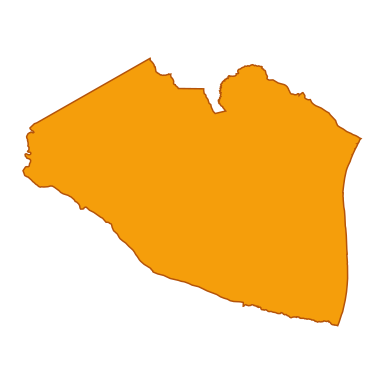 Waimate District, Canterbury, New Zealand (Equal Earth projection)
{"feature_id": "76426892B45923139634861", "entity_name": "Waimate District", "entity_type": "district", "adm_level": 2, "iso_a3": "NZL", "parent_name": "New Zealand", "parent_adm1": "Canterbury", "projection": "equal_earth", "projection_center": [170.93, -44.627], "detail": "fine", "context": "isolated", "style": "filled", "palette": "amber", "viewbox_px": 384, "rotation_deg": 0, "n_neighbors": 0, "source": "geoboundaries", "source_scale": "gbopen_adm2", "svg_char_len": 5841}
<svg xmlns="http://www.w3.org/2000/svg" viewBox="0 0 384 384"><path d="M284.1,84.6L278.2,83.0L273.0,79.9L269.2,80.1L267.4,79.2L267.0,78.6L267.4,76.4L266.0,73.9L265.4,71.0L265.0,70.5L264.0,70.1L263.5,69.1L262.4,68.8L262.0,68.4L261.9,68.0L262.2,67.0L261.6,66.5L260.7,66.6L258.7,65.9L257.2,66.2L255.2,65.3L254.4,65.7L253.2,64.9L252.3,64.7L250.5,65.3L249.3,66.2L247.9,65.7L246.8,66.3L244.9,66.1L244.0,67.0L242.7,67.4L241.5,68.0L241.1,68.4L240.2,69.0L238.9,69.3L238.4,69.7L237.8,70.7L237.8,71.9L238.5,72.8L238.5,73.3L238.2,73.6L236.2,73.8L236.2,74.9L236.0,75.3L234.7,76.1L233.7,76.1L233.2,76.3L230.8,76.1L229.9,76.5L229.6,75.8L228.8,75.8L228.0,76.9L228.1,78.4L226.9,78.3L226.0,78.9L225.9,79.4L225.0,79.5L225.0,79.8L224.5,80.1L224.6,80.9L223.7,80.8L222.3,82.2L222.3,83.0L221.6,83.3L220.7,84.8L221.4,85.5L220.8,86.3L221.1,86.5L220.9,86.9L221.3,87.5L220.9,87.9L220.6,87.8L220.8,88.3L220.1,88.8L220.4,89.1L220.6,90.2L220.2,90.7L219.7,90.8L220.0,91.3L219.8,91.8L220.0,92.0L220.7,92.3L221.0,92.6L220.2,93.2L220.8,93.6L220.8,94.4L220.4,95.7L220.4,96.2L220.9,96.6L219.7,97.6L219.7,98.1L220.0,98.4L218.4,100.1L218.4,100.4L219.0,100.4L218.5,100.9L218.9,101.3L218.5,101.5L218.5,101.9L218.9,102.4L219.0,103.4L219.7,103.4L219.9,104.1L221.1,105.8L222.7,106.7L222.8,107.4L225.7,111.0L215.2,113.5L213.3,111.5L212.7,110.5L212.5,109.7L211.8,108.4L211.2,106.8L210.8,104.7L209.0,103.1L207.9,99.4L206.0,96.8L205.9,95.3L205.4,94.6L204.2,93.6L203.7,90.7L203.7,88.8L178.3,88.5L177.8,87.4L175.4,85.4L175.3,84.7L174.1,84.3L173.7,83.9L173.5,83.3L173.7,81.7L173.4,80.3L172.4,78.4L171.1,77.2L170.6,75.2L170.8,74.2L170.2,74.4L169.9,74.1L169.1,74.3L168.7,74.0L168.1,74.6L167.2,74.6L165.7,75.3L165.2,75.1L164.1,75.3L163.8,75.1L163.4,75.3L162.1,75.3L161.5,74.9L160.7,75.0L160.2,74.6L159.7,74.5L158.6,73.4L157.5,73.1L157.2,72.6L156.0,71.7L155.7,70.9L155.8,70.6L155.2,67.1L154.8,66.9L155.0,66.7L154.7,66.3L154.2,65.9L154.1,65.0L153.1,63.3L152.3,62.5L151.7,61.6L150.2,60.4L150.1,59.8L150.3,59.1L150.1,58.3L36.5,123.0L34.4,123.7L30.0,127.9L30.1,128.7L30.5,129.2L31.9,130.6L32.4,130.7L33.4,131.4L33.9,132.3L33.5,132.7L32.8,132.8L30.9,132.1L30.5,132.6L29.6,132.7L28.0,133.8L26.8,136.1L26.6,136.8L26.8,137.9L27.7,139.9L27.5,140.6L28.0,142.2L28.2,144.3L27.9,145.8L28.0,146.2L29.0,147.3L28.9,150.0L27.8,151.0L27.6,151.5L28.3,152.1L30.0,152.2L30.5,152.5L30.9,153.1L30.5,154.3L29.4,154.8L28.1,154.7L26.4,153.8L25.4,154.0L25.1,154.4L25.3,156.1L26.5,157.4L26.9,158.2L29.2,158.9L30.2,159.5L30.7,160.3L30.5,161.0L30.6,161.9L29.6,163.6L29.2,166.0L28.3,166.7L26.3,166.7L25.5,167.0L23.0,170.7L24.2,173.8L24.5,174.9L24.9,175.6L27.3,176.9L28.0,177.0L31.4,180.0L33.0,181.8L33.7,182.2L35.9,184.3L37.4,185.2L38.0,185.9L39.1,186.7L40.3,187.1L41.4,186.8L43.8,187.0L48.0,186.7L50.4,186.0L52.4,186.1L54.6,187.4L59.2,190.8L60.7,192.4L63.2,193.8L68.3,195.4L69.6,196.3L71.0,196.9L74.2,199.7L75.2,201.5L76.6,202.0L78.7,204.0L79.6,205.6L80.0,207.6L80.3,208.6L80.7,209.1L83.0,209.0L83.7,208.7L83.9,208.1L84.7,207.4L85.8,207.1L86.4,207.3L89.5,210.2L93.7,212.3L100.5,217.1L102.6,218.2L106.0,222.2L108.0,222.3L108.7,222.5L109.7,223.4L111.0,223.8L111.6,224.8L112.2,227.4L113.6,230.7L117.4,234.1L119.1,237.3L120.1,238.7L122.7,240.9L125.7,243.0L129.0,246.5L132.8,249.9L134.3,251.9L135.8,254.6L137.3,256.5L139.4,259.8L140.7,261.3L144.1,264.3L150.4,268.2L151.0,268.8L151.2,269.5L152.6,270.6L152.8,270.9L152.8,271.6L153.4,272.1L157.7,273.9L163.7,275.4L170.3,278.5L178.3,280.3L181.3,281.3L184.3,281.8L188.9,283.5L192.1,285.1L198.6,286.7L207.2,290.9L216.8,294.5L220.5,296.8L224.1,298.2L227.5,299.2L230.2,300.7L233.8,301.5L240.1,301.8L243.2,302.4L243.3,302.5L243.2,306.2L243.8,306.1L244.6,305.1L245.9,304.6L246.5,305.1L248.6,305.7L250.8,305.4L251.7,304.7L252.7,304.8L253.3,305.0L253.9,305.5L254.7,305.4L254.9,305.8L257.6,306.3L257.1,306.7L258.4,307.4L260.1,307.1L260.9,307.9L260.9,308.6L261.4,309.4L262.1,309.8L263.3,309.6L263.7,309.7L263.8,310.0L264.4,310.1L265.9,309.7L266.9,310.3L268.2,311.4L269.5,311.6L271.1,311.4L272.8,312.1L275.7,312.6L277.4,313.4L278.9,313.6L280.4,313.5L280.7,313.3L281.0,312.6L281.7,312.7L282.7,313.2L283.6,314.3L284.3,314.4L284.8,314.8L286.0,314.5L286.4,314.6L287.2,315.6L288.4,315.9L289.2,316.5L289.6,317.0L290.5,317.6L291.3,317.7L292.4,317.2L294.3,316.9L295.3,317.1L297.1,316.7L296.3,317.2L296.7,317.4L297.3,316.8L298.2,316.9L299.6,317.5L300.0,317.9L299.9,318.0L300.6,318.3L303.8,318.3L304.8,318.8L306.1,318.7L307.0,319.2L308.3,318.9L311.2,319.5L311.7,320.0L312.9,320.0L314.3,320.4L315.2,321.4L315.8,321.2L317.6,322.1L319.1,321.5L319.8,321.8L321.1,321.9L321.8,321.6L322.8,321.7L323.9,320.9L326.7,321.5L328.4,321.0L329.1,321.5L329.1,321.8L328.1,321.8L329.6,322.1L330.6,322.9L330.7,323.4L331.8,324.4L333.3,324.9L334.0,324.6L334.5,325.1L336.2,325.2L337.7,325.7L339.1,322.2L341.5,314.6L342.6,311.9L345.2,300.2L346.5,292.0L347.2,284.6L347.6,278.4L347.5,265.9L347.4,264.7L347.2,264.1L347.4,262.5L346.8,254.3L347.2,254.2L346.8,249.4L346.3,235.6L345.7,228.2L345.3,226.0L344.9,216.6L344.5,210.8L343.8,207.0L343.2,199.4L343.2,197.8L343.0,196.4L343.2,192.8L342.8,192.7L343.7,184.8L344.7,178.0L346.2,171.0L346.9,168.7L348.1,165.7L350.2,161.3L350.9,159.0L352.6,154.8L352.4,154.7L352.7,154.5L355.4,148.7L354.9,148.9L354.9,148.7L355.6,148.4L357.0,145.8L357.8,143.8L357.5,143.7L358.1,143.5L358.3,142.7L358.7,142.5L359.9,139.6L361.0,138.6L359.3,137.9L358.2,137.0L355.9,135.7L352.7,134.5L351.4,133.6L346.8,131.6L343.2,129.0L339.7,127.1L337.6,125.6L336.3,122.7L335.6,120.5L330.3,114.9L328.9,112.9L326.5,111.6L321.3,108.1L315.7,105.7L313.6,104.3L311.8,102.6L310.3,99.6L308.4,99.8L306.6,99.2L305.1,98.2L304.7,97.6L304.9,96.0L304.7,95.3L303.0,92.7L302.3,92.7L301.4,93.6L300.1,94.3L299.1,95.5L298.9,94.0L298.4,93.7L297.6,93.8L296.6,94.6L294.9,94.8L292.7,94.0L291.9,94.1L291.0,93.8L289.9,92.4L289.6,91.3L288.9,90.3L288.4,88.8L287.2,86.8L285.7,85.4L284.1,84.6Z" fill="#f59e0b" stroke="#b45309" stroke-width="1.5"/></svg>